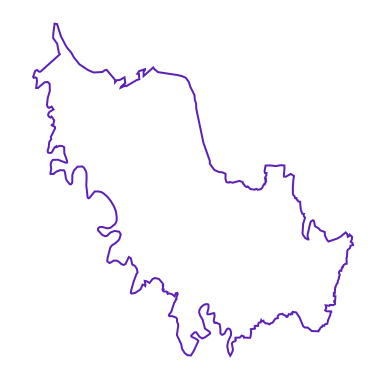 the district of Kushtia, Khulna, Bangladesh, rotated 2°
{"feature_id": "16705992B21124734124900", "entity_name": "Kushtia", "entity_type": "district", "adm_level": 2, "iso_a3": "BGD", "parent_name": "Bangladesh", "parent_adm1": "Khulna", "projection": "equal_earth", "projection_center": [89.019, 23.943], "detail": "fine", "context": "isolated", "style": "outline", "palette": "violet", "viewbox_px": 384, "rotation_deg": 2, "n_neighbors": 0, "source": "geoboundaries", "source_scale": "gbopen_adm2", "svg_char_len": 5995}
<svg xmlns="http://www.w3.org/2000/svg" viewBox="0 0 384 384"><g transform="rotate(2 192 192)"><path d="M186.6,344.6L187.5,349.0L190.3,353.2L193.3,355.3L196.5,355.4L199.1,351.2L203.5,340.8L203.0,339.9L200.3,338.2L196.8,336.8L196.2,335.9L196.4,335.3L199.4,332.2L201.2,332.1L204.5,336.4L207.4,338.0L210.2,336.7L215.0,332.9L215.1,332.1L214.2,330.9L209.7,328.0L207.1,319.2L204.5,315.3L203.4,312.3L203.4,310.1L204.8,307.1L207.7,304.4L209.8,303.6L211.8,303.6L212.5,304.5L212.5,307.7L211.5,312.2L211.7,313.6L213.5,313.7L217.7,312.3L218.5,312.4L218.9,315.3L218.2,319.6L218.5,321.0L219.1,321.9L220.4,322.1L220.6,321.7L224.3,323.2L225.2,328.3L225.3,332.1L226.2,333.3L227.3,333.7L229.4,332.4L231.5,328.1L232.3,327.5L233.2,327.1L234.9,328.0L236.0,330.9L235.9,333.9L233.4,339.9L232.6,344.7L233.9,350.7L235.9,354.3L236.9,352.7L238.5,348.5L237.1,341.9L238.0,340.6L240.5,339.4L241.0,338.5L240.4,337.4L240.5,336.1L244.9,335.8L246.6,333.8L248.7,334.4L249.0,335.7L255.1,335.7L255.6,334.4L256.0,330.1L255.5,327.1L259.7,326.3L259.3,324.0L259.9,323.5L262.6,323.6L263.0,320.8L263.9,320.0L265.1,319.9L265.7,317.7L266.4,318.8L267.8,318.2L267.9,318.9L270.1,320.7L271.6,320.6L274.1,321.6L275.3,320.4L277.1,319.8L279.7,315.7L282.2,315.1L281.9,313.1L283.5,311.2L286.8,310.6L287.3,311.4L290.2,312.4L290.3,313.1L291.0,313.6L291.8,313.3L292.9,310.7L294.9,311.1L295.5,309.9L296.4,310.3L296.8,308.3L300.3,308.7L303.9,313.7L307.8,322.3L309.6,323.5L312.3,323.4L316.6,326.8L323.3,326.8L323.6,325.4L324.2,325.2L325.3,322.9L326.5,322.4L327.2,320.8L328.8,321.1L329.5,319.6L331.8,319.0L332.4,315.5L334.4,310.3L334.9,307.3L335.4,307.0L335.3,306.5L330.7,306.5L329.2,305.6L330.3,303.3L329.5,300.6L333.3,300.9L333.8,300.0L337.2,300.1L338.8,299.1L338.7,297.3L338.0,297.0L338.0,295.9L338.8,295.6L339.0,291.2L337.3,291.0L337.3,288.2L338.2,288.4L338.4,282.8L339.9,278.6L340.7,277.9L340.8,276.1L342.0,272.7L341.8,272.2L342.6,269.4L341.8,268.3L341.9,266.4L342.6,265.4L343.9,265.6L344.4,262.8L344.8,261.8L345.3,262.0L346.0,259.8L347.9,258.4L349.1,258.3L348.7,252.6L349.2,251.0L349.2,245.6L349.8,244.2L351.7,242.6L352.4,240.1L354.8,239.4L354.3,237.6L352.4,236.2L353.3,234.2L353.6,231.2L351.0,229.1L350.5,230.7L349.3,231.3L348.5,228.4L347.0,227.0L342.3,231.2L338.9,233.4L330.1,236.7L328.4,234.8L326.4,230.9L326.0,227.3L321.6,225.9L319.9,224.0L316.1,221.8L315.0,217.2L314.5,216.2L313.8,216.0L312.0,217.2L311.2,219.1L309.0,230.6L309.1,232.3L310.0,235.3L309.4,235.4L306.7,234.0L304.4,230.9L303.9,229.4L304.2,220.0L305.9,213.6L304.7,212.5L304.4,210.7L304.6,210.0L302.9,209.8L302.2,208.1L301.2,205.1L300.4,198.0L298.5,197.7L297.8,196.4L296.7,195.8L296.6,194.4L295.2,194.4L294.4,192.2L293.2,191.3L292.9,190.0L292.6,183.0L292.9,175.7L293.4,172.5L290.1,170.5L285.3,173.4L283.5,173.4L283.2,172.6L283.6,165.4L283.4,162.3L279.7,162.1L275.0,163.2L269.3,162.7L264.6,163.0L263.8,168.8L264.2,170.4L265.8,170.5L265.5,171.6L265.8,172.7L264.7,174.6L264.5,176.1L264.8,176.6L265.3,176.4L265.0,178.1L265.7,178.1L265.7,178.7L264.5,181.7L264.0,181.4L262.5,183.8L262.4,184.7L260.9,186.7L257.5,187.5L256.3,186.6L254.2,187.5L250.3,187.0L247.5,184.5L246.4,185.2L244.4,184.0L243.9,182.7L242.7,181.9L242.4,180.5L240.0,179.5L238.8,179.3L232.4,181.3L229.4,180.7L228.7,181.3L226.2,181.0L225.0,177.8L224.9,172.6L221.7,171.3L218.3,171.1L213.6,169.2L208.8,163.1L208.7,160.3L201.6,142.1L193.3,108.3L193.0,103.5L191.6,99.8L191.1,95.1L186.6,86.8L185.1,82.3L181.8,78.1L177.8,76.5L173.1,75.6L153.9,73.4L150.1,70.5L148.9,68.9L139.6,77.8L139.4,73.5L140.7,71.9L140.7,70.9L134.8,73.1L133.3,75.7L134.8,75.6L135.4,81.2L132.9,82.0L122.5,88.6L121.6,88.0L117.1,90.3L117.4,89.3L121.5,85.4L120.5,79.8L115.9,82.6L113.0,82.9L111.3,85.1L111.1,82.5L102.4,72.9L100.4,73.5L98.2,75.2L89.5,76.0L83.9,73.8L75.0,68.3L69.2,61.5L66.5,57.0L62.4,52.5L60.4,49.5L55.6,41.0L51.3,28.9L48.8,28.6L47.8,39.2L47.9,43.1L52.1,48.5L53.9,56.8L55.1,59.0L36.7,76.7L35.9,77.2L34.8,77.0L32.9,75.5L31.1,76.4L29.2,82.4L29.9,83.4L31.6,82.9L32.5,83.4L32.9,84.4L33.2,87.1L32.6,93.4L34.3,93.5L40.9,87.5L44.0,87.1L46.0,89.1L46.4,95.9L44.6,102.8L44.0,110.1L44.9,112.2L46.3,112.9L48.8,111.6L50.7,114.4L46.8,116.9L45.8,118.4L45.5,120.3L46.9,122.2L47.8,122.5L48.9,121.5L51.7,125.1L51.0,130.0L49.8,129.6L49.5,130.2L52.8,131.8L53.0,133.1L49.0,141.9L49.5,143.9L47.6,147.1L47.2,152.5L46.3,155.6L46.5,157.0L47.0,157.8L49.7,157.9L50.6,157.1L53.1,152.2L54.8,151.1L55.0,151.9L58.1,150.5L60.3,150.5L62.7,151.7L63.0,157.5L66.0,165.1L66.2,166.9L65.0,167.2L56.9,164.4L51.7,164.8L50.2,167.1L49.8,169.5L50.5,173.6L49.8,178.6L49.2,178.9L52.8,178.9L56.0,176.2L59.3,174.8L63.3,174.8L64.4,176.7L65.4,182.4L66.2,184.5L69.5,188.4L70.6,188.6L71.6,187.6L72.0,186.2L71.8,179.2L73.2,174.7L76.6,170.8L81.4,170.3L83.1,171.5L84.6,173.7L85.8,176.5L86.2,181.7L86.1,188.8L87.9,201.3L88.9,201.9L89.9,201.3L94.7,194.9L98.1,194.7L101.3,195.2L104.0,196.7L107.5,199.6L110.9,203.5L114.4,208.9L116.6,213.9L117.6,219.4L117.7,222.8L117.2,224.9L116.4,226.5L111.8,230.6L108.7,231.3L103.6,230.1L101.3,230.2L99.9,231.0L99.3,232.4L99.4,233.5L103.8,238.0L106.7,239.2L108.6,238.8L111.8,235.4L116.0,233.6L120.6,234.2L122.3,236.9L121.1,241.5L120.1,243.0L116.9,246.1L114.0,248.0L112.3,250.3L109.9,261.1L109.7,263.8L109.9,264.4L112.2,265.9L116.5,263.2L119.2,263.3L121.1,264.1L124.1,266.6L126.3,267.3L128.0,266.3L131.2,259.2L133.2,260.4L134.9,266.7L137.1,267.5L138.7,269.4L139.7,271.1L140.4,274.4L139.4,275.9L136.7,283.8L134.5,293.2L134.4,295.0L135.0,295.6L138.6,294.9L142.3,292.3L144.2,290.6L145.8,286.3L147.7,286.7L148.5,287.5L148.7,286.3L147.9,282.5L149.9,282.8L152.7,284.4L155.5,280.5L157.6,279.3L161.9,280.0L165.7,284.1L166.5,285.7L166.0,286.5L166.5,287.2L166.0,290.0L166.9,290.3L166.2,291.2L166.9,292.3L170.0,292.4L170.9,292.8L170.8,293.9L171.3,294.7L172.5,294.1L175.5,294.8L178.1,296.8L179.4,293.7L180.9,293.4L181.3,294.3L180.1,297.8L180.2,299.5L179.7,299.5L179.3,301.4L178.0,303.5L175.5,312.4L173.5,315.1L173.2,316.2L173.8,316.9L176.3,316.7L180.2,317.9L181.3,319.0L181.7,322.5L182.6,324.1L182.9,325.9L181.9,335.4L186.6,344.6Z" fill="none" stroke="#5b21b6" stroke-width="2"/></g></svg>